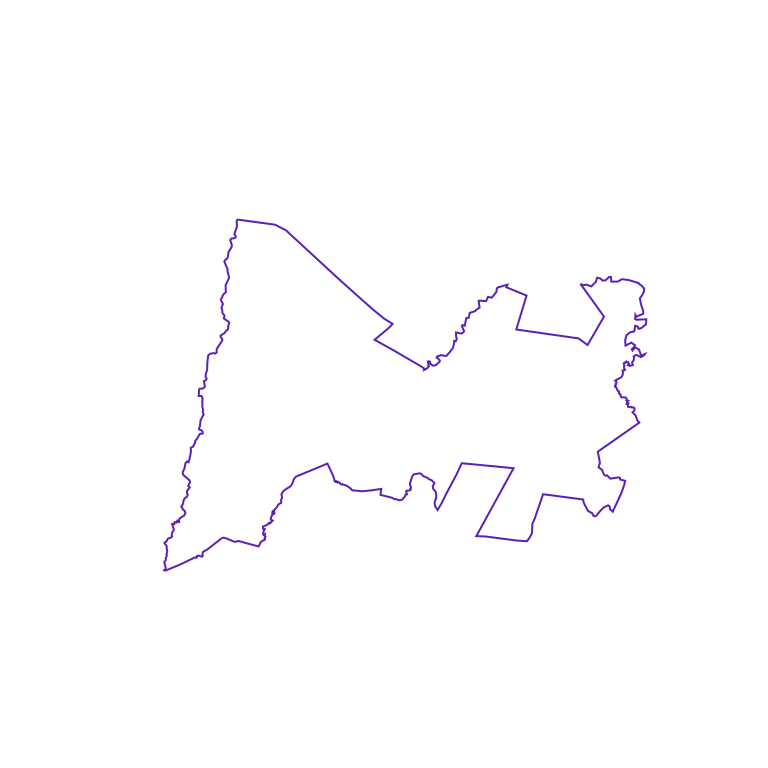 the district of Cosolapa, Veracruz, Mexico, rotated 246°
{"feature_id": "50627088B71851344630431", "entity_name": "Cosolapa", "entity_type": "district", "adm_level": 2, "iso_a3": "MEX", "parent_name": "Mexico", "parent_adm1": "Veracruz", "projection": "mercator", "projection_center": [-96.661, 18.58], "detail": "fine", "context": "isolated", "style": "outline", "palette": "violet", "viewbox_px": 768, "rotation_deg": 246, "n_neighbors": 0, "source": "geoboundaries", "source_scale": "gbopen_adm2", "svg_char_len": 6166}
<svg xmlns="http://www.w3.org/2000/svg" viewBox="0 0 768 768"><g transform="rotate(246 384 384)"><path d="M593.7,317.2L593.1,316.0L592.0,315.3L588.9,314.4L586.4,312.7L581.9,308.2L579.0,308.6L578.3,308.1L578.1,306.0L578.9,304.6L578.5,302.6L577.6,302.0L572.8,301.5L571.2,300.6L567.5,295.3L564.5,293.7L562.6,292.1L561.9,289.4L560.8,287.9L553.0,287.9L550.8,287.0L544.0,285.7L538.7,279.5L532.1,276.8L531.6,274.8L530.2,272.3L528.8,271.3L527.8,269.5L527.1,269.1L522.6,269.4L519.8,266.5L517.7,266.4L514.8,265.3L511.2,266.1L509.1,264.3L503.9,267.4L503.0,267.6L500.0,265.0L498.2,264.4L497.5,263.8L496.5,260.9L495.4,259.1L494.7,254.4L493.2,253.9L490.9,254.5L489.6,254.0L483.9,245.3L480.7,243.8L480.4,242.2L481.6,240.8L482.3,237.5L481.8,235.6L481.1,234.7L475.2,231.2L468.5,228.0L466.9,226.3L464.3,224.5L462.9,224.0L461.2,224.2L460.7,223.9L460.0,222.8L459.9,220.6L454.6,219.4L453.7,217.7L453.7,215.9L454.7,213.8L454.2,212.9L448.4,209.8L447.4,212.3L446.0,212.6L443.3,211.9L442.1,210.8L440.2,210.3L437.7,209.0L433.8,208.1L432.0,206.9L429.7,207.0L425.4,201.6L420.4,198.8L418.5,196.7L417.5,196.7L416.2,198.3L415.0,198.7L413.8,198.8L412.6,198.3L412.7,197.1L413.3,196.0L413.0,194.8L410.6,191.8L408.8,188.5L406.8,187.1L404.5,184.1L404.3,181.5L400.4,179.9L394.0,175.5L393.5,174.5L392.1,173.7L393.2,172.8L392.7,172.3L392.9,170.9L387.7,167.1L385.6,164.5L383.6,163.5L381.5,164.1L375.5,167.0L373.4,167.0L370.4,163.7L368.5,164.5L366.5,160.7L364.6,159.7L362.5,159.6L361.1,157.9L361.1,156.8L359.7,154.0L356.1,151.5L354.5,148.9L353.1,149.4L351.2,149.2L348.9,150.4L346.7,150.0L345.0,147.6L344.6,143.7L344.0,142.3L343.2,141.5L341.2,140.7L341.4,140.1L343.2,139.5L341.9,137.7L343.0,136.5L341.3,135.4L342.3,133.5L336.7,132.8L335.9,132.3L334.5,130.1L332.1,128.5L330.7,128.2L330.4,127.6L330.6,123.6L328.6,121.1L328.5,119.1L327.7,118.7L325.3,119.4L323.8,119.4L322.3,118.6L318.8,117.8L317.3,116.2L315.7,115.9L314.1,114.1L311.9,113.0L310.7,110.8L305.1,109.9L304.0,109.2L303.2,107.5L302.4,108.6L302.0,125.1L302.5,140.4L301.7,141.9L301.7,142.6L302.7,142.8L303.0,143.5L302.7,144.7L300.3,147.6L300.8,148.6L302.9,149.1L304.3,150.5L304.7,155.3L308.8,171.7L309.1,173.4L308.9,174.9L307.0,177.2L300.6,183.3L300.0,185.4L300.0,186.9L286.6,203.3L289.6,207.0L290.3,209.7L290.1,211.6L290.4,212.1L291.8,212.3L292.8,213.7L294.2,213.3L295.3,214.1L295.1,212.7L295.5,212.3L298.0,213.7L299.9,216.1L300.2,216.1L300.3,214.9L301.1,214.6L303.0,215.4L302.8,220.1L303.7,221.5L303.1,222.5L303.9,223.1L303.3,223.8L304.5,226.8L305.8,225.6L307.3,225.8L310.0,228.6L310.0,230.7L310.5,231.1L310.8,230.1L311.5,229.5L312.7,230.1L313.1,230.6L312.4,231.9L313.4,232.3L315.0,235.9L316.6,238.1L317.2,239.9L317.2,241.7L320.2,243.0L321.5,244.6L325.0,245.5L326.9,248.1L327.6,250.3L328.6,257.2L330.6,260.1L333.7,262.8L335.2,265.9L334.3,300.0L320.5,300.2L315.0,299.4L313.5,300.8L314.5,301.0L311.9,303.4L311.2,303.1L309.3,304.6L309.4,305.2L306.2,308.6L302.7,310.7L299.8,311.8L294.9,320.4L292.2,328.4L289.3,338.8L284.1,335.7L277.0,344.9L274.5,346.8L274.3,347.6L271.5,350.8L271.0,353.2L272.4,357.0L274.3,358.7L273.8,360.1L277.1,360.6L277.3,361.2L276.5,363.6L276.4,365.2L277.2,365.8L277.9,365.5L278.8,366.7L282.3,366.9L288.2,372.3L289.3,374.3L287.9,380.3L286.4,381.8L283.9,382.3L281.0,385.3L278.8,386.4L276.7,388.4L273.0,389.8L270.8,387.0L268.2,386.3L264.6,387.4L261.0,386.5L258.4,385.0L255.3,382.1L253.6,381.5L251.1,381.0L247.1,381.7L252.0,388.6L257.9,395.6L272.2,413.9L280.0,422.8L254.4,468.1L207.5,406.5L203.3,414.9L187.3,441.1L182.2,450.7L184.9,455.2L187.6,458.6L196.0,462.7L199.3,466.5L218.6,484.5L197.4,519.1L195.5,518.3L192.6,518.2L185.0,518.8L181.2,521.7L178.3,521.8L177.6,522.3L177.3,524.5L180.4,530.5L181.9,534.8L182.0,539.4L180.4,540.3L177.7,539.6L174.3,541.0L188.2,556.9L194.7,562.9L197.5,564.9L200.6,561.0L202.4,561.3L203.2,560.5L205.5,552.2L209.8,550.6L210.1,549.1L211.8,548.0L216.8,548.3L220.7,546.1L223.5,548.7L225.3,549.5L235.2,551.8L244.9,601.6L247.8,600.6L252.9,601.1L257.0,599.5L258.1,602.1L258.9,602.7L260.4,602.9L261.2,602.2L261.5,601.1L262.3,601.0L263.8,597.7L265.4,598.0L266.8,599.3L267.2,597.7L267.8,598.2L267.9,599.1L269.4,599.0L269.6,600.0L270.4,598.9L270.8,599.5L272.7,599.7L273.7,598.8L275.2,595.5L276.7,595.2L278.3,595.8L280.0,594.8L281.0,595.5L282.1,595.5L283.1,594.6L284.2,594.9L287.1,594.6L287.4,594.0L288.6,594.3L289.5,596.2L290.2,595.9L291.2,597.2L292.3,597.4L293.0,596.7L293.5,599.3L293.3,601.5L293.9,604.0L294.8,605.3L296.7,606.7L299.2,607.4L298.7,608.8L298.9,610.1L300.6,609.7L302.4,610.3L303.0,611.1L305.4,611.4L305.9,614.3L305.1,614.1L304.8,615.7L304.3,615.5L302.8,616.2L301.9,614.5L300.7,615.7L300.0,618.9L302.9,619.5L304.2,621.8L306.3,623.1L307.6,623.3L308.0,625.5L307.8,626.5L304.3,629.4L304.1,630.4L304.6,633.6L305.2,634.5L305.2,630.4L311.7,631.0L315.5,628.1L313.5,624.7L315.1,624.6L316.0,627.6L317.2,629.1L321.2,626.7L320.8,620.3L325.5,621.9L329.9,625.2L331.1,629.7L330.3,633.9L335.0,637.2L333.8,638.7L332.5,639.3L331.5,638.9L330.6,639.5L330.5,642.2L332.0,647.7L336.4,649.9L340.0,640.9L341.0,639.8L344.7,641.7L342.9,641.8L342.7,649.4L345.3,650.5L352.3,651.2L358.2,652.6L360.0,655.7L362.7,659.2L364.7,659.8L365.5,660.5L369.0,659.4L372.8,657.0L373.0,657.3L379.6,649.6L383.0,643.9L382.4,639.5L384.6,634.2L385.3,633.2L386.4,633.9L389.6,634.8L390.2,633.2L388.6,628.5L389.6,625.7L392.4,624.6L394.4,622.0L391.2,619.1L388.8,613.1L392.3,609.5L393.5,605.8L395.6,604.2L356.1,612.4L336.8,585.8L346.5,580.3L380.0,527.0L406.8,550.2L422.6,535.1L424.5,537.1L425.9,527.3L425.5,526.1L422.4,524.1L419.0,517.6L421.3,514.5L418.2,511.0L421.3,505.2L421.4,504.2L414.9,502.4L414.2,498.2L413.5,497.0L414.1,491.2L410.0,488.3L410.8,486.3L410.4,485.7L404.4,481.5L405.9,479.6L405.3,478.7L399.7,478.7L398.8,477.1L398.7,475.0L401.8,470.8L398.4,469.3L395.6,468.8L394.0,467.1L394.7,465.5L393.5,465.2L388.9,461.7L386.0,456.3L384.3,452.2L387.2,447.7L387.5,443.9L386.7,442.8L385.0,443.9L382.5,444.6L381.8,443.8L380.2,439.2L380.7,436.3L383.3,434.6L385.7,435.1L386.2,434.8L386.7,433.2L383.5,432.5L382.7,431.9L382.0,432.2L380.5,428.9L380.6,426.2L381.7,427.1L384.9,425.1L410.5,406.7L428.2,393.4L433.4,411.6L435.4,416.3L443.7,410.7L457.3,403.8L498.7,385.2L564.4,356.9L573.9,349.2L593.7,317.2Z" fill="none" stroke="#5b21b6" stroke-width="2"/></g></svg>